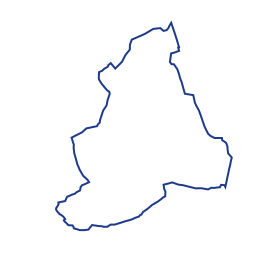 Ankpa, Kogi, Nigeria, rotated 344°
{"feature_id": "59680162B11863934245151", "entity_name": "Ankpa", "entity_type": "district", "adm_level": 2, "iso_a3": "NGA", "parent_name": "Nigeria", "parent_adm1": "Kogi", "projection": "albers", "projection_center": [7.59, 7.498], "detail": "fine", "context": "isolated", "style": "outline", "palette": "blue", "viewbox_px": 256, "rotation_deg": 344, "n_neighbors": 0, "source": "geoboundaries", "source_scale": "gbopen_adm2", "svg_char_len": 2066}
<svg xmlns="http://www.w3.org/2000/svg" viewBox="0 0 256 256"><g transform="rotate(344 128 128)"><path d="M71.1,121.7L71.3,129.2L70.3,131.9L69.4,137.4L69.4,143.1L69.3,148.8L70.1,155.1L71.8,161.8L73.7,164.7L75.1,167.3L75.6,169.4L73.2,169.7L71.2,170.1L68.3,170.3L66.4,171.5L64.6,174.8L60.6,175.6L59.0,176.5L55.2,176.7L50.4,177.4L47.5,180.9L40.5,180.4L40.5,181.2L40.4,181.9L38.9,183.5L36.8,185.3L36.4,186.6L37.1,189.1L38.1,190.8L38.4,192.0L39.8,193.1L41.5,195.6L42.5,198.3L40.9,199.0L41.3,200.6L42.2,201.7L43.9,205.0L47.9,206.4L48.4,208.3L48.3,209.5L53.6,212.9L58.0,214.2L62.1,214.7L64.0,213.2L66.6,211.4L69.9,212.8L72.8,214.2L75.5,215.1L77.5,216.3L80.9,217.2L84.7,216.1L88.7,217.2L93.2,217.1L99.5,216.9L105.6,217.0L110.7,216.3L114.2,216.1L115.5,215.1L117.1,214.9L119.2,212.9L124.5,211.1L130.0,208.6L133.2,207.8L136.8,206.8L140.0,205.6L142.6,204.4L144.9,204.0L146.4,199.5L146.0,196.2L146.6,192.3L151.4,192.5L155.5,192.5L160.8,196.3L165.0,198.1L167.4,199.5L176.3,204.6L182.1,206.2L188.0,209.1L191.6,208.4L194.4,209.4L198.3,209.9L200.0,210.3L201.8,208.3L204.9,209.5L205.3,211.5L206.0,210.2L206.5,209.3L214.3,194.6L215.9,191.9L216.7,190.3L217.8,188.1L219.6,185.0L217.3,180.0L217.8,176.1L218.5,173.3L218.2,169.3L215.2,165.6L215.5,163.5L208.5,161.5L205.1,158.3L203.4,155.5L202.6,151.3L202.0,147.9L201.4,136.4L201.0,130.5L199.7,125.2L199.3,121.8L199.6,117.3L199.8,114.4L192.1,110.7L192.2,98.7L191.8,94.1L191.9,91.1L191.8,88.3L191.6,85.1L189.7,79.4L187.4,78.6L186.5,76.1L190.0,68.2L193.6,68.3L198.4,67.9L198.4,64.5L199.3,64.5L199.3,58.7L199.1,50.9L198.5,38.8L196.0,41.2L194.2,43.2L192.0,44.6L188.9,44.4L186.6,40.9L179.6,39.7L170.1,42.2L156.0,44.1L152.8,48.5L151.3,53.2L145.9,56.9L140.6,62.6L138.4,63.9L132.1,67.3L129.3,60.9L126.5,62.1L125.3,63.6L121.5,64.5L118.9,65.9L115.6,66.3L114.6,69.1L113.8,71.5L113.5,73.3L114.8,78.1L118.3,86.0L120.0,88.0L119.8,90.2L117.8,93.1L116.0,95.7L113.9,99.9L113.3,100.7L109.4,104.0L108.9,104.4L106.0,108.7L103.1,113.0L102.3,115.1L100.0,116.2L98.8,117.7L87.9,116.9L82.6,119.5L71.1,121.7Z" fill="none" stroke="#1e3a8a" stroke-width="2"/></g></svg>